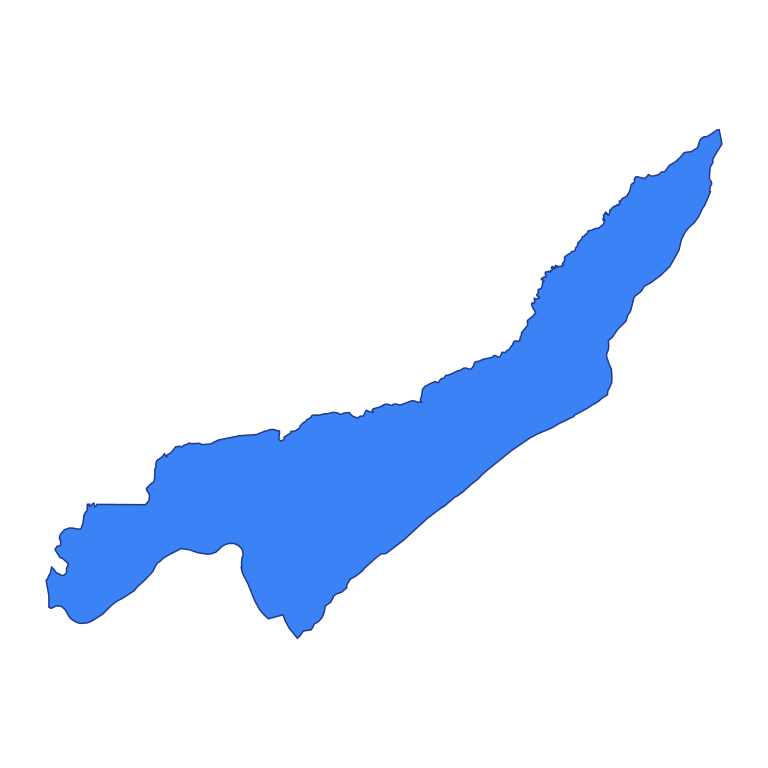 the district of San Zenón, Magdalena, Colombia
{"feature_id": "7082276B67233849099961", "entity_name": "San Zenón", "entity_type": "district", "adm_level": 2, "iso_a3": "COL", "parent_name": "Colombia", "parent_adm1": "Magdalena", "projection": "albers", "projection_center": [-74.331, 9.355], "detail": "fine", "context": "isolated", "style": "filled", "palette": "blue", "viewbox_px": 768, "rotation_deg": 0, "n_neighbors": 0, "source": "geoboundaries", "source_scale": "gbopen_adm2", "svg_char_len": 6062}
<svg xmlns="http://www.w3.org/2000/svg" viewBox="0 0 768 768"><path d="M268.5,618.8L283.0,614.8L285.3,621.0L289.2,628.1L297.4,638.3L299.9,635.9L302.8,631.8L304.1,630.9L311.0,629.9L313.3,626.6L314.1,624.1L318.4,621.7L322.1,617.4L324.3,611.9L325.3,606.0L330.9,601.9L334.0,595.7L336.5,593.9L341.6,592.2L346.6,587.9L346.9,584.7L350.4,579.1L355.6,576.2L362.1,571.2L364.5,568.2L376.0,557.8L381.4,553.7L384.3,553.8L386.4,553.2L403.3,540.4L427.6,518.1L439.0,509.5L445.0,505.6L455.1,496.9L457.4,495.9L463.3,491.6L470.9,484.5L477.8,479.3L481.9,474.8L487.8,469.7L511.6,450.5L529.9,438.0L538.2,433.6L551.4,428.1L559.1,423.6L573.9,416.4L573.9,415.5L587.5,408.2L594.0,403.7L594.2,404.0L598.9,401.0L601.8,398.3L607.6,394.7L607.6,391.6L611.7,382.7L611.9,377.3L611.4,369.3L608.8,363.3L606.5,356.1L606.8,353.2L608.2,350.1L608.8,346.5L608.3,340.1L608.8,340.1L611.9,337.8L617.7,329.3L626.1,321.0L627.7,315.0L629.7,312.7L630.8,310.3L633.8,298.3L634.8,296.3L640.4,292.0L642.4,289.5L644.0,286.4L650.9,282.6L660.4,275.6L669.8,266.5L678.9,250.3L681.3,239.9L684.8,232.8L688.6,227.7L693.8,223.1L696.5,219.7L698.9,216.2L702.1,209.2L705.0,204.7L710.1,192.7L710.4,191.8L709.7,191.7L710.2,186.7L711.7,184.0L711.3,181.9L709.3,178.6L710.0,168.5L710.5,166.7L712.9,162.5L712.7,159.6L714.4,156.2L721.9,144.0L719.2,129.7L717.2,129.9L709.7,135.0L707.2,136.4L703.4,137.0L700.6,139.1L699.6,141.1L697.6,147.7L691.2,151.7L685.5,152.3L683.9,152.9L680.4,157.2L675.6,161.7L669.4,165.4L664.6,171.8L661.5,172.0L658.5,174.7L653.0,176.1L651.3,176.1L648.4,174.6L646.6,176.9L644.2,178.5L637.6,176.8L635.7,176.9L634.2,179.5L634.6,181.1L634.1,182.5L633.3,183.5L632.3,183.4L631.1,185.1L630.1,190.0L627.1,196.0L622.0,198.7L621.0,200.9L619.3,201.1L620.0,203.7L618.8,204.0L618.8,205.1L617.9,205.4L616.9,204.8L615.4,206.4L614.2,206.1L613.6,207.2L612.5,207.5L611.5,208.5L611.2,209.7L609.9,210.0L609.3,214.7L607.7,214.8L607.5,213.7L606.4,213.7L606.3,212.5L605.4,212.2L604.5,214.5L603.5,215.1L603.8,217.0L602.9,219.3L603.5,220.4L604.5,219.5L604.9,220.9L603.0,224.7L598.5,228.2L594.9,228.6L591.5,230.3L588.6,230.7L587.9,231.3L587.1,233.6L585.5,234.3L584.4,236.1L582.7,236.5L581.4,239.4L578.0,242.8L577.3,246.1L575.6,247.8L575.0,250.9L571.7,251.6L570.3,253.4L569.3,253.6L564.9,256.6L564.4,257.7L564.9,259.5L564.1,260.7L564.3,262.1L562.7,263.0L562.5,263.7L562.8,264.8L563.5,265.0L563.4,265.6L562.1,265.5L561.3,266.5L559.5,266.3L558.3,267.1L557.4,266.7L557.2,265.9L555.6,265.5L555.1,266.4L555.9,266.8L555.5,267.9L554.6,267.6L554.2,268.8L553.5,268.5L553.5,267.2L552.2,266.5L551.3,267.9L552.6,269.1L552.1,270.0L550.8,270.5L550.5,272.0L549.6,272.1L548.7,271.1L547.9,272.0L545.8,271.9L545.3,272.5L545.4,274.8L546.4,275.4L546.0,276.5L545.4,277.0L543.9,276.9L543.3,277.8L541.6,278.3L541.4,279.6L543.7,280.3L544.0,280.9L542.7,281.7L543.0,283.0L542.4,283.7L542.1,286.4L541.0,288.7L538.8,289.2L538.1,289.9L538.3,293.9L536.7,294.5L537.1,295.9L539.2,296.7L539.2,298.2L538.7,298.5L537.6,298.2L536.2,299.5L534.4,298.3L534.5,302.9L533.2,303.4L532.3,302.9L531.9,303.2L531.6,304.6L532.6,307.5L535.7,312.6L534.1,314.4L533.9,315.3L527.6,320.4L527.3,321.3L527.8,324.2L527.5,325.3L521.4,333.0L521.5,335.1L520.4,337.1L519.7,340.6L518.1,341.3L515.4,340.9L514.1,341.5L513.1,343.1L512.6,345.1L511.3,345.9L509.2,349.6L507.1,350.3L505.2,352.6L502.0,352.3L500.6,355.9L499.7,356.8L498.2,357.1L495.5,355.6L493.9,355.6L492.0,357.5L483.4,359.2L478.4,361.4L475.7,361.7L474.3,363.0L473.4,366.1L471.2,369.0L469.5,369.2L466.0,368.0L463.6,368.2L460.8,370.1L457.4,370.9L449.5,374.8L445.8,375.4L444.2,377.9L440.6,379.2L438.2,382.7L437.3,382.7L435.9,381.7L434.4,381.8L429.5,383.9L427.4,385.4L425.7,385.7L422.5,389.3L421.6,396.0L420.4,399.2L420.6,400.9L421.5,402.2L417.6,402.1L413.8,400.8L411.7,400.8L401.3,404.7L398.9,405.0L397.6,404.4L394.7,404.0L393.4,404.2L392.2,405.3L390.2,405.3L387.8,404.2L385.8,404.2L383.4,404.9L383.0,405.9L381.5,406.0L380.2,406.9L373.3,408.8L372.1,410.1L373.2,411.9L372.5,412.4L368.9,411.5L366.8,410.3L366.0,410.6L363.4,415.9L359.9,416.3L357.7,418.1L352.7,416.1L351.4,415.2L349.7,412.9L348.2,412.6L343.6,413.1L342.0,414.2L340.1,414.3L337.4,412.8L332.8,412.3L327.9,413.7L324.5,413.8L318.6,415.3L316.5,414.9L312.5,415.3L311.5,415.9L310.6,417.8L306.8,419.8L305.9,421.3L303.1,422.8L300.2,426.0L299.7,427.8L299.0,428.7L297.8,429.0L296.2,430.5L293.2,431.4L291.0,431.3L290.6,433.5L287.5,434.8L286.1,436.2L284.4,436.6L284.1,437.5L284.4,438.7L283.2,440.0L281.3,440.9L280.4,440.7L279.2,439.6L278.9,438.4L279.6,432.0L279.2,430.8L278.3,430.5L276.7,430.9L275.1,429.7L272.2,429.4L268.7,430.0L267.0,431.0L265.3,431.0L256.4,434.6L239.8,435.7L218.1,440.1L210.7,443.9L203.0,444.6L201.1,444.3L199.6,443.3L192.4,443.7L188.8,443.1L186.5,444.7L184.4,445.0L181.5,447.0L179.9,446.3L175.7,446.8L171.0,452.7L167.0,455.1L167.0,456.7L165.9,456.4L164.5,453.8L161.6,457.3L156.9,460.5L156.0,463.3L155.9,467.0L154.9,469.2L154.7,477.5L153.8,482.0L151.1,483.7L146.5,488.3L146.5,489.9L149.2,494.1L149.5,496.4L148.8,501.0L145.3,504.7L96.9,504.4L96.0,506.2L94.9,506.8L93.9,503.2L92.7,503.8L90.4,506.2L89.0,505.7L89.6,504.3L87.3,504.3L87.1,510.9L85.6,512.0L83.9,515.5L83.1,522.7L81.3,528.0L80.2,528.9L78.6,529.2L72.0,528.0L69.3,528.0L64.4,529.8L60.3,534.5L59.5,537.0L59.5,539.0L60.6,540.8L60.6,545.2L59.4,545.9L56.9,546.3L56.1,548.0L55.2,548.8L55.2,549.9L59.8,557.4L62.6,558.5L68.3,563.6L67.6,566.3L66.4,568.4L66.7,572.5L65.5,573.9L63.3,575.4L61.9,575.5L55.6,572.2L54.4,569.9L51.6,567.2L50.2,573.8L48.6,575.8L47.7,578.6L46.1,580.1L48.9,595.9L48.9,607.3L51.2,608.4L56.5,605.8L61.3,606.3L65.2,609.7L69.2,616.8L71.3,619.1L74.6,621.3L78.4,623.0L80.7,623.4L87.3,622.9L91.7,621.1L102.6,614.2L111.0,605.8L115.6,601.9L123.5,597.7L134.2,590.7L137.2,586.9L144.6,580.3L152.8,571.5L156.9,563.5L161.1,560.4L163.1,558.2L169.7,554.4L181.0,548.6L189.3,549.7L198.0,552.8L207.1,554.1L209.9,554.1L215.9,552.2L222.5,546.0L226.0,544.2L229.6,543.4L234.0,543.5L238.2,545.4L241.0,547.9L242.5,550.4L243.2,554.7L241.8,558.9L241.5,563.8L241.9,566.9L241.1,567.1L242.1,571.6L242.9,574.1L247.7,583.2L255.0,601.3L259.8,609.9L264.5,615.3L268.5,618.8Z" fill="#3b82f6" stroke="#1e3a8a" stroke-width="1.5"/></svg>